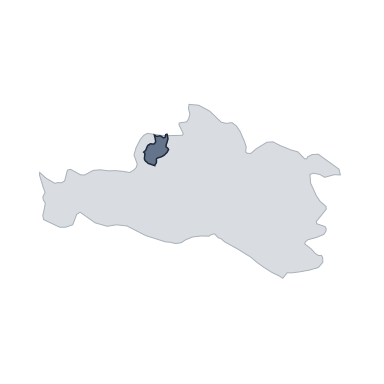 Slovenia, with Krško highlighted, rotated 203°
{"feature_id": "SVN-958", "entity_name": "Krško", "entity_type": "Statistical Region", "adm_level": 1, "iso_a3": "SVN", "parent_name": "Slovenia", "parent_adm1": "", "projection": "robinson", "projection_center": [15.476, 45.922], "detail": "fine", "context": "in_parent", "style": "filled", "palette": "slate", "viewbox_px": 384, "rotation_deg": 203, "n_neighbors": 0, "source": "natural_earth", "source_scale": "10m", "svg_char_len": 2568}
<svg xmlns="http://www.w3.org/2000/svg" viewBox="0 0 384 384"><g transform="rotate(203 192 192)"><path d="M339.9,150.5L331.5,147.6L321.5,146.4L319.6,148.0L315.6,149.6L313.6,152.4L315.2,163.5L312.7,165.4L301.3,164.3L297.6,165.6L291.4,173.3L285.1,176.6L277.0,178.9L271.0,181.7L263.5,184.1L257.0,185.6L254.5,188.9L252.9,192.7L253.3,196.3L259.9,203.4L260.8,211.0L260.1,220.3L258.6,225.2L256.0,228.5L239.9,232.8L223.1,240.4L222.7,242.2L230.4,248.9L230.7,250.6L224.3,254.5L223.7,258.3L224.4,262.8L227.8,267.4L229.0,271.5L219.8,274.5L207.3,273.4L192.5,267.7L187.4,268.5L182.3,271.5L177.2,270.2L171.6,266.7L163.7,259.3L159.8,254.8L158.2,249.9L156.1,249.2L152.8,250.6L150.0,256.5L142.6,267.0L137.1,269.8L128.9,269.2L117.3,269.4L110.2,270.3L101.4,266.6L99.3,267.3L99.2,269.7L95.9,273.5L90.5,276.1L65.6,270.4L62.1,265.7L67.8,263.5L75.6,257.4L80.9,258.1L87.5,256.8L90.3,254.2L86.3,246.5L76.0,237.1L70.5,233.5L63.0,231.1L61.7,228.5L66.0,213.6L64.8,211.5L56.1,212.2L54.1,210.6L53.4,208.0L54.1,204.5L59.9,198.6L66.5,193.5L68.2,190.6L68.0,188.3L59.8,186.1L54.8,183.7L50.8,182.9L48.1,184.2L46.1,182.7L44.1,178.4L46.2,171.9L53.7,165.8L61.8,160.5L68.7,156.5L72.8,154.9L74.7,148.1L78.9,148.8L87.1,149.2L96.3,150.7L104.8,152.6L112.3,155.0L128.1,157.4L142.5,158.9L146.8,160.3L150.3,160.2L154.7,162.3L157.3,160.7L159.1,158.0L167.0,154.8L174.2,150.6L179.3,145.3L182.1,141.1L187.1,138.1L192.4,137.2L197.2,135.7L217.6,133.8L238.5,135.3L248.5,132.4L256.7,127.3L268.7,125.8L269.3,125.8L287.2,129.7L288.6,127.4L289.4,126.4L289.0,115.2L294.7,110.1L299.9,107.9L317.8,108.6L320.2,112.1L321.1,117.4L322.7,124.5L325.7,126.5L327.4,129.3L327.1,134.3L330.6,137.9L338.9,147.9L339.9,150.5Z" fill="#d9dde1" stroke="#a8b0b8" stroke-width="1"/><path d="M248.9,229.7L246.4,229.4L245.5,229.8L243.8,231.0L242.8,231.3L241.7,231.2L240.7,230.9L239.6,230.7L238.6,231.2L238.1,232.3L238.5,233.5L238.6,234.6L237.6,235.4L237.0,234.9L234.8,231.4L234.7,229.8L234.4,228.4L234.3,225.8L233.6,223.5L231.1,222.7L230.1,221.8L230.3,220.9L230.4,218.9L231.3,216.7L232.1,214.8L233.8,212.6L237.0,209.8L237.5,209.0L237.6,208.3L237.4,207.6L236.9,207.0L236.6,206.1L236.3,205.2L236.3,204.2L236.6,203.6L236.7,203.2L236.5,201.7L243.5,201.2L245.8,202.1L246.5,202.1L247.8,202.9L248.8,203.9L249.8,207.1L250.2,208.5L250.3,209.1L250.7,209.3L252.1,209.8L250.9,212.3L251.0,216.5L250.8,217.7L250.5,218.4L249.8,218.8L249.5,219.8L249.0,220.1L248.6,220.4L248.2,220.4L247.1,220.7L245.6,221.5L245.2,222.9L245.1,223.8L245.4,224.7L245.9,225.4L246.4,226.3L248.4,229.0L248.9,229.7L248.9,229.7Z" fill="#64748b" stroke="#1e293b" stroke-width="1.5"/></g></svg>